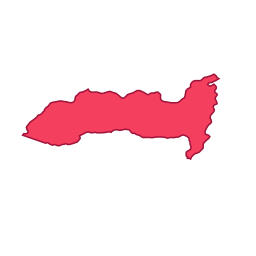 Bertópolis, Minas Gerais, Brazil (Natural Earth projection), rotated 71°
{"feature_id": "56859067B74434501882476", "entity_name": "Bertópolis", "entity_type": "district", "adm_level": 2, "iso_a3": "BRA", "parent_name": "Brazil", "parent_adm1": "Minas Gerais", "projection": "natural_earth1", "projection_center": [-40.57, -16.985], "detail": "fine", "context": "isolated", "style": "filled", "palette": "rose", "viewbox_px": 256, "rotation_deg": 71, "n_neighbors": 0, "source": "geoboundaries", "source_scale": "gbopen_adm2", "svg_char_len": 3322}
<svg xmlns="http://www.w3.org/2000/svg" viewBox="0 0 256 256"><g transform="rotate(71 128 128)"><path d="M177.8,78.9L176.4,77.7L175.6,76.5L174.5,74.4L174.1,72.3L174.2,70.7L174.0,68.4L173.0,66.5L172.3,65.0L171.3,63.4L169.4,62.7L167.6,62.1L166.4,60.4L165.1,57.7L164.4,55.8L163.8,54.5L162.8,53.4L161.0,54.2L159.8,55.8L158.8,56.8L157.4,56.7L155.9,55.9L154.6,54.7L153.4,53.4L152.2,52.0L151.1,50.2L150.7,48.7L149.6,47.1L147.4,46.8L145.5,47.1L143.9,46.5L142.5,45.2L141.7,43.7L140.8,42.0L139.3,40.5L137.6,40.5L135.8,40.6L134.3,39.2L134.3,37.6L134.1,35.9L132.5,35.6L130.7,35.8L129.1,36.0L127.8,35.6L126.7,34.2L125.9,33.0L124.7,32.7L123.5,33.6L121.9,34.3L120.5,33.4L119.5,31.8L118.0,31.1L115.9,31.8L114.5,32.6L115.1,34.7L115.0,37.0L113.0,38.6L111.7,37.2L112.0,35.2L112.2,33.4L111.8,31.8L111.8,30.0L111.4,28.0L111.0,26.0L109.3,27.3L107.1,27.8L105.1,29.2L105.4,31.2L105.5,32.8L105.5,34.7L105.4,37.1L105.0,39.2L105.5,40.8L106.3,42.3L106.7,43.8L106.4,45.4L105.7,47.1L105.1,48.9L105.0,51.0L105.7,52.9L106.6,54.0L107.7,55.0L109.5,55.3L110.1,56.9L110.4,58.9L111.6,61.1L113.2,61.9L114.7,62.8L116.4,63.7L117.8,64.8L118.0,66.4L118.5,67.8L119.5,69.9L120.2,72.5L119.6,74.9L118.8,77.1L118.1,79.1L117.4,80.5L116.5,81.9L115.7,83.5L114.8,85.3L113.7,86.7L112.1,87.5L110.6,87.6L109.2,87.2L107.6,86.4L106.4,86.5L105.3,87.2L103.9,87.9L103.3,89.7L103.3,92.3L102.6,94.3L102.5,95.8L103.2,97.7L102.2,99.3L101.0,100.2L99.7,101.2L98.3,102.7L96.7,104.3L96.0,105.7L95.6,107.4L95.8,109.0L96.3,111.0L96.3,113.1L96.3,115.0L96.2,116.5L96.5,118.0L97.4,119.8L98.1,121.3L98.2,122.9L97.2,124.5L95.2,125.6L94.0,126.3L92.6,127.1L91.0,128.4L89.9,130.3L88.6,131.7L87.6,132.9L87.2,134.9L87.2,137.4L87.1,138.9L87.1,140.6L86.4,142.3L85.4,143.6L84.2,145.2L83.5,146.7L83.1,148.2L82.4,150.3L81.4,151.9L80.3,152.6L78.2,153.1L78.7,154.6L78.9,156.4L79.2,158.6L78.8,160.8L78.9,162.4L79.6,163.8L80.4,165.4L81.0,167.2L82.1,167.9L83.4,168.6L85.0,169.8L85.8,171.5L85.6,173.6L84.5,175.7L83.2,177.6L82.0,180.2L80.9,181.8L80.2,184.0L79.9,186.3L79.6,188.4L79.2,190.8L79.3,193.5L80.3,194.8L81.4,196.5L81.9,198.4L82.5,199.6L83.3,200.9L84.5,201.4L85.2,203.3L86.3,204.9L86.8,206.8L86.6,208.9L88.0,210.8L88.8,212.8L89.5,214.8L89.9,216.4L90.4,218.1L91.0,219.4L92.0,220.6L92.9,222.3L94.2,223.9L96.0,224.0L97.4,224.0L98.7,223.4L100.1,224.6L100.1,226.7L99.4,228.3L100.5,230.0L115.5,210.9L115.6,208.9L117.3,207.5L118.6,206.4L119.7,204.8L119.8,202.5L121.6,200.6L122.2,199.3L122.4,197.8L122.1,196.1L122.6,193.7L122.6,191.9L124.1,190.2L124.5,188.6L124.8,184.6L124.7,182.7L124.8,180.8L124.1,179.4L122.8,177.2L121.8,176.4L119.6,176.5L118.9,170.9L118.5,169.1L118.8,167.2L119.4,165.8L120.5,164.7L121.1,162.2L121.5,160.3L122.4,159.0L123.1,157.3L124.8,151.3L125.1,149.0L125.4,147.0L126.6,145.6L125.7,143.4L125.5,141.9L125.8,139.6L127.6,136.4L128.3,131.0L130.1,127.4L132.9,126.5L134.4,125.6L135.4,123.2L136.6,122.5L137.5,121.3L138.9,119.4L140.9,118.0L142.1,116.6L142.4,115.1L143.0,113.6L143.9,110.8L144.6,109.5L145.1,107.9L145.5,105.8L145.7,104.3L146.5,102.3L146.7,100.8L147.5,99.4L148.4,96.8L150.4,94.1L150.8,90.9L152.2,87.4L152.3,85.3L153.0,83.4L152.4,79.0L152.9,77.5L154.3,75.9L155.5,74.7L157.6,73.6L159.4,74.2L161.6,74.0L163.8,74.6L166.3,74.6L168.5,75.8L169.1,78.6L169.8,80.8L171.4,81.5L173.4,82.0L174.9,81.2L176.0,81.8L176.6,80.0L177.8,78.9Z" fill="#f43f5e" stroke="#9f1239" stroke-width="1.5"/></g></svg>